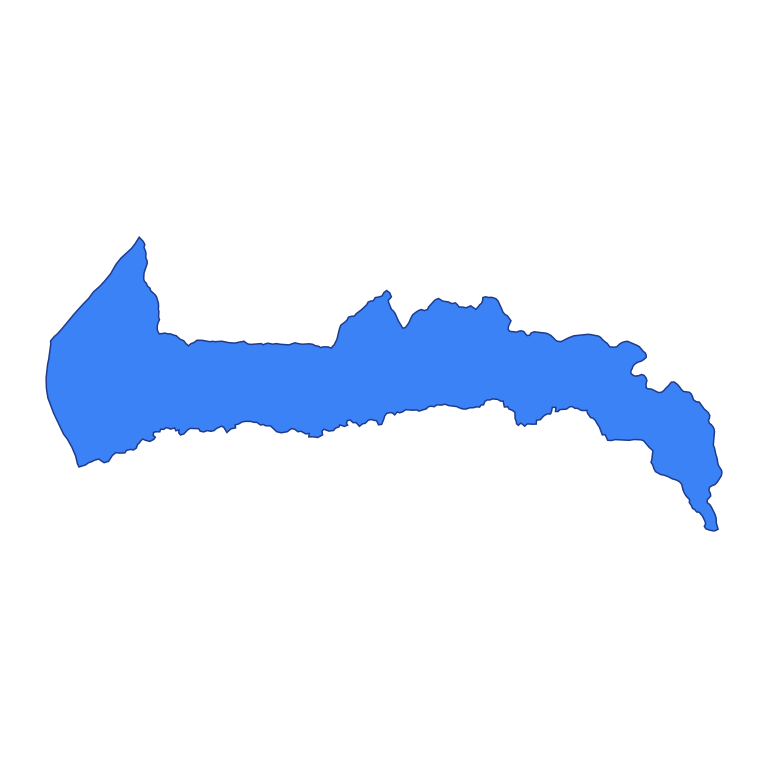 outline of Pau D'Arco, Tocantins, Brazil
{"feature_id": "56859067B66536324452974", "entity_name": "Pau D'Arco", "entity_type": "district", "adm_level": 2, "iso_a3": "BRA", "parent_name": "Brazil", "parent_adm1": "Tocantins", "projection": "orthographic", "projection_center": [-48.908, -7.551], "detail": "fine", "context": "isolated", "style": "filled", "palette": "blue", "viewbox_px": 768, "rotation_deg": 0, "n_neighbors": 0, "source": "geoboundaries", "source_scale": "gbopen_adm2", "svg_char_len": 6104}
<svg xmlns="http://www.w3.org/2000/svg" viewBox="0 0 768 768"><path d="M79.0,467.0L85.6,464.9L88.6,462.7L91.6,461.7L94.6,460.2L98.9,459.0L100.7,460.5L104.1,462.7L108.5,461.4L112.4,455.4L115.9,452.6L119.4,453.1L124.8,452.9L126.5,450.4L130.5,449.4L133.4,450.0L136.4,448.0L137.4,444.7L139.3,442.9L140.8,440.8L142.7,439.0L145.5,440.3L149.9,441.4L153.8,439.4L155.3,437.2L153.2,435.3L153.6,432.4L155.8,431.8L159.8,431.8L160.6,429.2L163.8,429.4L165.8,427.7L168.3,428.1L170.4,429.1L174.6,428.0L175.9,430.8L178.9,429.9L178.8,433.0L180.5,435.0L183.9,433.9L187.4,430.2L189.9,428.4L198.7,428.7L200.2,431.2L203.7,431.9L207.3,430.6L210.8,431.3L214.0,430.6L216.5,428.5L221.6,426.1L224.0,427.6L226.9,432.5L230.9,428.9L235.6,427.8L235.1,425.0L238.8,423.9L242.1,421.9L246.1,421.3L251.2,421.5L254.3,422.4L256.7,422.3L260.5,425.0L263.4,424.5L265.4,425.7L270.5,425.9L276.7,431.7L281.2,432.8L287.3,431.7L291.4,428.6L294.8,429.3L297.9,431.7L301.1,431.3L305.8,433.9L309.1,433.4L308.8,436.9L312.9,436.8L317.7,437.5L322.6,434.9L322.0,431.0L323.8,429.2L328.9,431.1L333.6,430.5L335.5,428.1L338.8,427.0L339.9,424.9L344.5,426.4L347.6,425.1L346.4,423.0L347.4,420.6L350.2,419.9L352.9,422.6L356.2,422.7L359.4,426.3L362.9,423.6L365.1,423.4L368.4,420.1L371.3,419.5L374.3,420.4L376.6,420.7L378.5,424.8L381.6,424.4L383.6,419.7L384.7,416.0L386.7,413.3L389.7,412.7L392.2,412.8L394.7,414.9L397.2,412.0L399.6,412.8L402.7,411.8L405.6,409.7L413.2,410.2L416.6,409.9L419.0,411.1L426.4,408.8L428.2,406.8L431.0,406.2L434.3,406.7L436.8,404.8L441.4,405.1L445.2,404.2L448.4,405.5L456.9,406.6L459.0,407.7L462.5,408.9L465.8,409.1L469.8,407.8L473.5,407.7L476.7,406.8L479.6,407.1L480.9,405.1L483.6,404.8L484.9,401.4L487.1,400.0L490.1,399.9L492.6,398.9L497.7,399.4L500.5,401.1L503.1,401.1L504.4,407.0L507.8,406.8L509.1,409.1L512.0,410.2L514.9,412.2L515.1,418.5L516.2,421.2L516.6,423.8L518.4,425.3L520.7,423.1L523.0,424.6L524.6,426.2L527.3,423.9L532.5,424.2L536.2,424.1L536.5,420.3L540.5,419.6L542.5,417.2L544.6,415.3L547.5,413.9L550.5,414.0L551.5,411.5L552.3,407.4L555.8,407.3L555.5,411.5L558.2,411.5L559.8,409.6L566.5,409.1L569.5,406.9L572.1,406.5L575.1,408.4L577.4,408.3L581.2,410.4L584.5,410.6L586.9,410.3L587.5,413.2L590.6,417.6L593.0,418.2L595.5,420.6L597.2,423.8L599.4,427.1L602.3,434.9L605.1,434.6L607.7,440.3L611.4,440.5L615.2,439.6L629.1,440.3L634.2,439.5L640.6,439.8L643.5,440.6L649.4,447.6L652.9,450.6L651.9,459.2L651.0,462.4L652.7,464.8L653.8,468.4L655.5,471.6L660.6,474.5L664.1,475.2L668.1,476.6L672.2,478.8L676.0,479.9L679.3,481.5L681.7,484.3L683.0,489.9L684.8,493.9L686.7,496.7L689.6,499.6L689.3,502.6L691.2,505.3L692.6,508.4L694.7,509.5L696.7,512.0L699.2,512.2L702.4,516.0L705.0,521.3L705.6,523.9L704.3,526.4L705.8,528.7L708.8,529.9L712.7,530.8L715.0,530.8L718.1,529.2L716.3,523.0L716.3,519.9L715.9,517.1L714.9,514.1L711.3,506.9L709.6,504.4L707.3,502.8L707.2,500.0L710.7,496.0L710.4,493.5L708.9,490.3L709.5,487.3L711.6,485.9L714.9,484.6L717.2,482.2L721.1,476.2L721.9,473.2L721.6,470.4L718.6,465.7L717.8,463.1L717.0,458.0L715.9,454.7L714.5,448.1L713.3,445.0L714.5,431.5L713.9,428.5L712.7,426.4L711.3,424.7L709.2,423.1L708.5,420.3L709.4,418.1L709.8,415.5L708.1,412.4L704.0,408.8L699.3,402.1L696.0,401.6L693.5,399.8L692.4,396.4L691.2,393.9L689.4,392.3L683.3,391.4L681.2,389.3L679.5,386.8L677.4,384.4L674.3,382.0L671.3,382.2L668.5,385.7L666.2,387.8L663.9,390.5L661.6,392.2L658.6,392.6L651.2,389.0L648.6,388.9L646.3,388.0L646.0,384.1L646.9,380.4L645.8,377.5L644.0,375.3L641.4,374.5L638.7,375.7L635.0,376.1L632.5,374.8L630.8,373.2L631.0,370.9L632.2,368.5L633.0,366.2L635.0,363.9L638.1,362.1L641.4,361.1L644.1,359.3L646.2,357.4L646.2,355.0L645.2,352.9L643.0,351.1L639.4,346.7L637.1,345.4L627.5,341.3L624.7,341.7L622.1,342.5L619.5,344.1L616.7,346.9L613.4,347.2L609.7,346.8L607.3,343.5L604.5,341.4L602.3,339.4L600.7,337.5L598.5,336.1L589.8,334.4L587.1,334.4L573.9,335.8L568.6,337.8L561.4,341.5L558.5,341.5L556.2,340.7L551.2,335.7L548.5,334.1L546.1,333.2L534.2,331.8L531.2,332.9L529.7,335.2L527.2,335.6L525.3,333.6L523.9,331.6L521.4,330.8L518.9,331.2L516.7,332.1L509.7,331.3L508.1,329.2L508.5,326.2L511.0,320.8L507.3,315.8L504.7,314.2L502.9,312.0L501.8,309.1L498.0,300.9L495.8,298.6L491.6,297.3L488.7,297.5L485.7,296.8L482.9,297.5L482.6,300.6L481.5,303.3L479.5,305.0L478.0,307.1L475.8,309.3L470.7,305.8L466.1,307.8L462.9,307.1L459.1,307.0L457.6,305.0L455.5,302.9L451.8,303.6L448.3,301.9L442.7,301.1L438.6,298.5L436.3,299.3L434.3,300.7L428.6,307.0L427.5,309.5L424.2,310.6L421.4,309.5L418.6,310.5L415.5,312.5L412.7,314.8L411.2,317.4L409.1,322.3L407.4,325.0L405.2,327.7L402.7,328.1L398.3,320.7L395.1,313.4L393.3,311.0L391.4,309.3L388.8,302.9L388.2,300.5L391.4,296.9L389.7,292.8L386.6,290.5L383.9,292.6L382.1,295.9L378.8,297.0L375.2,297.6L373.4,300.8L370.5,301.1L368.1,302.1L366.7,304.8L361.3,309.9L356.1,313.8L354.6,316.0L351.2,316.3L348.4,317.2L347.3,319.7L345.5,321.6L340.8,325.2L339.5,328.7L336.9,339.4L334.2,344.8L332.6,346.3L331.1,348.2L328.2,346.9L322.9,346.9L320.6,347.6L318.5,346.2L315.5,345.8L312.7,344.3L309.3,343.8L302.8,344.2L300.2,344.0L294.8,342.8L289.0,344.9L280.7,344.3L276.1,343.6L272.8,344.2L267.9,343.2L265.5,343.8L263.2,344.8L261.2,343.6L251.1,344.4L248.3,344.1L246.1,342.9L244.0,341.2L234.6,343.1L228.5,342.6L221.7,341.2L215.1,341.7L212.6,341.3L209.9,341.7L201.9,340.3L196.9,340.3L193.8,342.7L191.0,343.6L188.5,345.8L186.0,343.7L183.7,340.7L180.1,339.2L176.0,335.6L173.6,335.1L170.7,333.9L167.4,333.8L165.1,333.1L159.2,333.9L157.6,331.0L157.2,328.1L157.4,325.3L158.2,322.4L159.5,319.7L158.6,317.2L158.9,311.5L158.3,309.0L158.6,306.5L158.4,303.2L156.6,297.0L155.4,295.1L150.5,290.5L150.1,288.3L147.5,286.1L146.3,283.2L144.4,281.3L143.7,278.9L144.0,273.1L147.2,263.6L147.1,260.9L145.8,257.8L146.0,253.2L145.3,250.6L144.0,247.6L144.8,244.4L143.2,241.4L139.2,237.2L134.8,244.2L131.5,248.4L121.0,258.1L116.0,264.3L110.6,273.8L104.5,281.2L99.9,286.2L93.4,292.0L88.6,298.5L83.1,304.1L74.5,313.6L62.1,328.6L57.0,334.3L54.3,336.5L50.6,340.9L50.8,343.9L48.7,359.3L47.6,364.4L46.1,377.9L46.4,388.3L47.9,397.9L53.6,413.1L63.6,434.2L67.3,439.0L71.9,447.2L75.6,455.9L77.4,463.6L79.0,467.0Z" fill="#3b82f6" stroke="#1e3a8a" stroke-width="1.5"/></svg>